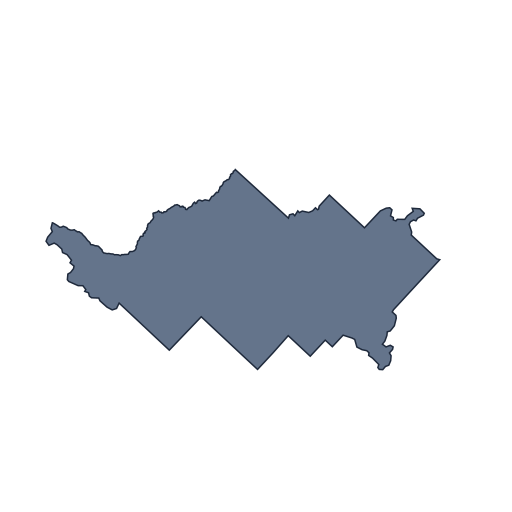 outline of Lewis and Clark, Montana, United States of America, rotated 313°
{"feature_id": "52423323B49943042609192", "entity_name": "Lewis and Clark", "entity_type": "district", "adm_level": 2, "iso_a3": "USA", "parent_name": "United States of America", "parent_adm1": "Montana", "projection": "natural_earth1", "projection_center": [-112.477, 47.184], "detail": "fine", "context": "isolated", "style": "filled", "palette": "slate", "viewbox_px": 512, "rotation_deg": 313, "n_neighbors": 0, "source": "geoboundaries", "source_scale": "gbopen_adm2", "svg_char_len": 3803}
<svg xmlns="http://www.w3.org/2000/svg" viewBox="0 0 512 512"><g transform="rotate(313 256 256)"><path d="M113.3,164.2L118.0,169.7L116.8,172.5L117.0,181.9L118.5,187.6L122.5,189.8L128.2,188.0L128.0,256.8L174.2,257.4L174.1,310.4L174.1,334.5L196.5,334.5L219.7,333.9L219.7,364.0L241.7,364.0L241.7,373.7L257.5,373.7L261.5,382.2L262.3,385.1L258.2,391.9L259.8,397.5L262.3,401.6L262.3,404.6L260.1,406.2L260.8,410.8L260.4,419.8L257.5,421.2L257.1,423.5L259.3,426.2L263.5,426.0L266.7,427.6L271.3,425.9L275.2,422.8L276.1,419.7L280.8,419.6L283.0,418.3L282.3,415.1L278.2,413.1L277.7,408.6L281.6,408.3L287.2,405.9L290.1,403.7L292.7,405.3L299.3,404.8L306.2,401.0L308.0,398.9L308.0,393.8L310.5,393.2L346.0,393.0L351.2,393.0L378.6,392.9L377.2,390.1L377.2,355.3L379.7,353.5L383.6,346.4L386.4,345.6L389.8,346.7L390.8,349.0L393.8,348.4L400.1,350.6L402.0,349.9L402.3,343.7L397.4,337.7L395.9,340.6L388.7,339.3L384.2,339.8L379.2,334.3L377.1,334.4L376.0,331.9L377.8,330.2L377.1,327.0L382.5,324.0L382.5,320.9L379.8,318.6L373.8,316.2L350.6,316.1L350.6,268.1L335.6,268.2L332.8,269.8L331.8,269.4L331.8,266.6L327.7,266.6L323.8,264.9L320.4,259.2L317.3,258.1L317.5,255.8L311.9,256.9L312.1,254.3L309.0,252.4L305.8,253.9L305.1,181.9L304.4,182.1L302.4,181.7L301.6,182.3L300.3,182.6L299.6,182.0L298.1,181.9L297.1,182.9L295.5,183.0L295.0,183.6L294.1,183.8L293.1,183.7L292.2,182.9L290.5,182.7L288.9,182.1L288.1,181.9L287.2,182.1L286.5,182.6L284.9,183.0L283.3,183.1L282.6,182.5L281.1,183.0L280.0,183.8L278.2,184.1L277.2,184.9L276.2,184.6L275.7,183.7L274.1,183.7L272.6,183.8L270.8,183.9L269.4,183.1L267.2,183.5L265.9,183.8L264.5,184.0L264.0,183.1L263.2,181.9L262.3,180.4L260.6,179.6L259.4,179.1L258.9,177.5L258.0,176.2L256.3,175.8L255.2,176.0L254.4,176.5L253.2,176.1L253.4,175.2L253.5,174.4L252.0,174.2L250.8,174.4L248.6,175.0L247.1,174.5L245.7,173.8L243.8,173.7L242.8,173.8L242.1,172.7L242.7,172.0L243.0,170.9L242.2,169.7L242.6,168.9L242.1,168.0L241.4,168.2L240.2,167.0L240.6,165.8L240.2,164.8L239.8,163.3L238.4,162.4L237.8,161.8L236.5,161.8L235.2,161.4L233.9,160.9L232.2,160.7L230.4,160.0L228.7,159.8L227.8,160.2L226.6,159.7L226.2,159.2L225.6,158.5L224.8,158.8L224.0,158.4L223.2,157.6L223.4,156.7L222.5,155.8L222.6,154.7L222.6,153.9L221.3,153.8L220.4,153.6L219.1,152.7L218.7,152.8L218.3,152.5L218.1,152.0L217.1,151.6L216.5,151.9L216.0,152.8L215.0,153.6L214.8,154.4L214.2,154.9L212.9,155.4L211.2,155.5L209.8,155.4L208.5,155.8L207.5,155.7L206.2,155.2L204.6,155.7L203.8,156.4L203.0,157.1L201.8,157.1L201.1,158.2L199.5,158.3L198.6,158.1L197.6,158.3L197.6,158.8L196.9,159.1L196.3,158.6L195.8,158.3L195.2,158.5L194.4,159.0L194.3,159.4L193.5,159.8L192.8,159.4L192.3,158.8L191.5,158.2L190.6,158.5L189.1,158.9L187.6,159.6L186.1,159.3L184.9,160.1L184.0,161.0L182.5,161.4L181.7,161.6L180.9,161.9L180.6,162.7L179.0,163.4L177.1,163.5L175.0,162.6L173.3,160.8L171.9,160.9L170.2,161.4L168.8,160.2L167.5,158.8L166.4,158.0L165.5,156.9L163.7,156.5L163.1,154.7L161.6,152.8L160.4,151.7L159.9,149.9L158.7,148.6L157.5,146.6L156.5,145.8L155.6,144.6L155.0,143.4L154.4,142.6L154.5,140.6L155.4,139.3L155.5,136.9L155.6,135.1L155.6,134.0L154.8,132.6L153.8,131.4L152.9,129.1L151.6,127.3L152.5,125.4L152.6,123.8L152.5,122.3L152.8,120.6L153.0,119.7L153.3,117.8L153.3,116.5L153.4,114.7L153.7,113.1L153.3,111.5L153.1,110.1L151.8,108.9L151.8,107.9L151.4,106.9L151.3,105.2L149.6,104.0L148.6,102.9L148.1,101.8L147.4,99.7L147.7,98.3L147.2,96.9L146.3,94.7L144.4,94.0L143.1,92.8L142.9,90.5L142.2,87.0L141.6,84.7L141.4,84.4L136.4,87.2L134.9,90.4L127.7,90.8L123.6,92.4L122.6,97.3L127.8,99.6L128.6,102.9L128.6,109.2L126.6,112.2L128.2,116.9L127.1,123.9L124.2,124.6L124.5,129.8L122.2,131.2L117.4,131.6L114.5,130.7L110.0,134.2L109.7,136.5L113.0,146.1L116.2,149.6L115.4,154.4L113.3,154.9L114.9,158.6L113.0,161.5L113.3,164.2Z" fill="#64748b" stroke="#1e293b" stroke-width="1.5"/></g></svg>